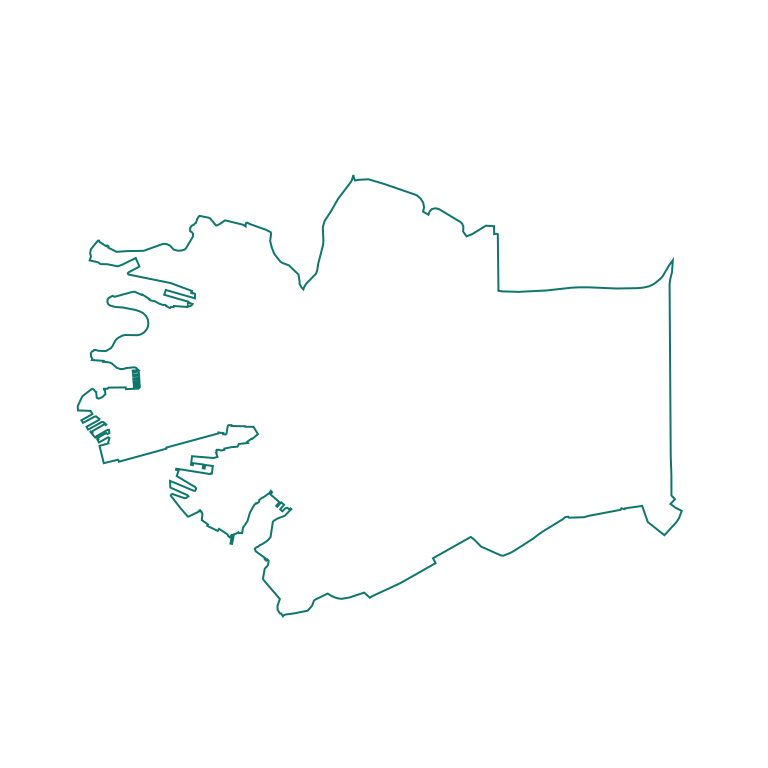 Sydney, New South Wales, Australia (Albers equal-area conic projection), rotated 260°
{"feature_id": "25037944B98854570895907", "entity_name": "Sydney", "entity_type": "district", "adm_level": 2, "iso_a3": "AUS", "parent_name": "Australia", "parent_adm1": "New South Wales", "projection": "albers", "projection_center": [151.208, -33.889], "detail": "fine", "context": "isolated", "style": "outline", "palette": "teal", "viewbox_px": 768, "rotation_deg": 260, "n_neighbors": 0, "source": "geoboundaries", "source_scale": "gbopen_adm2", "svg_char_len": 6132}
<svg xmlns="http://www.w3.org/2000/svg" viewBox="0 0 768 768"><g transform="rotate(260 384 384)"><path d="M455.7,689.9L451.5,685.5L441.5,676.9L439.7,674.6L436.1,668.2L435.0,665.1L434.2,662.0L433.9,656.2L434.3,650.8L437.7,629.4L443.5,603.1L445.3,593.2L446.3,585.2L447.9,560.2L451.4,532.3L454.7,516.5L455.9,512.9L511.8,522.1L512.4,520.7L512.5,518.5L520.3,519.8L522.2,511.8L516.3,496.9L515.1,490.9L520.4,488.4L525.3,489.5L528.3,488.8L529.8,487.9L546.7,468.5L548.1,465.3L548.0,461.7L546.3,459.1L543.0,457.2L547.0,452.4L550.9,454.1L555.7,454.1L560.6,452.1L564.3,448.9L580.9,419.0L588.3,404.2L589.5,394.5L589.4,390.9L592.4,390.1L595.2,390.2L590.4,387.8L588.8,386.6L574.5,371.1L563.2,361.7L554.8,353.8L549.2,351.0L535.5,349.2L531.5,348.1L513.6,340.0L507.4,337.9L504.3,336.0L496.3,324.8L493.4,322.3L491.2,321.0L493.4,319.5L497.3,318.2L500.0,318.7L506.7,318.8L517.4,310.9L520.7,305.2L522.5,303.2L531.2,298.5L537.9,297.2L544.7,296.7L551.4,298.9L553.1,298.8L556.2,294.8L565.1,279.2L566.7,277.3L566.3,275.8L563.3,275.1L565.3,272.9L572.8,255.9L570.1,250.1L569.1,246.7L569.6,245.9L577.3,241.5L578.4,239.8L581.6,231.5L581.0,230.6L578.7,228.6L575.3,226.7L574.8,225.3L573.9,224.6L573.3,222.2L571.2,220.1L568.1,219.7L566.6,221.4L565.0,222.0L562.2,221.3L552.2,212.7L551.0,211.1L550.6,207.6L551.0,204.3L552.9,200.2L557.6,197.2L559.4,194.5L560.2,192.0L560.3,190.3L556.9,170.4L559.5,154.0L560.6,143.6L566.2,136.1L567.3,136.6L568.4,135.8L568.4,135.0L567.9,134.4L573.3,128.5L574.7,128.3L574.8,127.1L567.6,118.7L563.9,117.3L560.5,117.6L556.8,115.6L553.7,123.2L551.3,125.7L550.0,132.3L546.1,142.3L547.1,147.5L551.2,161.4L542.1,163.5L538.3,151.7L537.5,150.9L536.2,151.4L520.4,191.5L509.0,211.0L507.2,209.9L506.6,211.0L507.0,211.3L505.6,213.5L501.2,212.7L514.5,185.4L510.0,183.1L499.0,205.6L497.7,204.9L497.2,205.8L497.8,206.2L496.0,209.4L494.8,208.0L494.3,206.3L494.4,204.9L495.3,204.4L494.0,203.7L497.3,190.6L496.4,190.2L496.9,187.6L496.1,186.9L496.1,186.1L498.6,183.0L498.9,183.2L500.1,181.9L500.0,180.5L502.0,176.8L505.3,172.7L506.9,168.5L508.2,167.3L508.6,167.6L514.2,161.4L513.8,160.9L518.1,154.6L518.4,152.4L516.7,134.7L517.0,133.2L518.0,132.0L516.4,127.5L515.1,126.4L512.3,125.8L510.2,126.5L508.6,128.2L506.5,132.8L504.8,139.8L500.1,152.1L497.8,156.3L495.6,159.1L492.2,161.5L488.5,162.6L484.4,162.4L481.7,161.6L479.5,160.2L477.0,157.5L475.9,155.5L475.0,152.6L474.9,149.6L477.2,137.6L477.1,134.9L476.0,131.2L474.9,128.9L473.3,126.8L468.7,123.4L466.8,121.4L464.9,116.5L464.8,115.2L466.4,108.2L467.5,106.3L467.9,104.5L467.5,104.4L466.6,101.8L465.1,100.6L462.1,100.2L459.5,101.2L458.3,100.5L455.5,111.9L454.6,111.3L453.6,115.4L452.4,118.3L451.2,119.8L446.4,123.6L444.6,126.8L444.1,129.4L444.2,132.1L444.5,132.5L443.8,140.9L443.2,142.4L440.3,144.6L440.8,138.8L439.1,138.7L438.8,144.6L436.2,144.4L436.9,138.5L435.3,138.4L434.7,144.2L432.5,144.0L433.1,138.1L431.6,137.9L430.9,143.8L428.9,143.6L429.5,137.7L428.0,137.6L427.2,143.3L425.2,143.2L426.0,137.4L424.6,137.2L423.8,143.0L423.0,142.8L422.1,141.2L423.8,128.9L425.5,129.0L428.3,111.9L427.4,110.9L427.9,107.4L427.2,107.3L427.1,108.1L422.4,107.9L420.0,104.3L419.1,100.4L420.3,98.7L426.0,99.2L426.0,98.8L429.1,97.1L429.7,96.2L429.7,95.1L424.2,84.7L415.3,78.5L411.1,78.1L408.5,90.4L405.0,91.6L400.8,79.7L398.0,80.9L402.1,93.2L402.2,94.7L398.9,97.7L398.1,96.9L393.5,83.6L390.5,84.7L395.6,99.6L395.2,101.1L392.4,103.4L391.9,102.8L393.1,102.1L388.0,88.1L386.7,88.5L386.5,88.0L388.0,86.9L387.8,86.6L381.4,90.2L382.3,92.1L382.6,92.0L386.9,104.0L386.7,105.1L383.4,105.1L382.7,103.0L384.0,102.0L380.5,92.2L379.3,93.1L378.9,92.1L375.9,93.1L379.4,103.0L378.4,104.3L374.0,102.1L373.4,102.3L372.5,93.1L354.7,94.3L355.6,108.7L354.7,109.4L353.5,109.4L358.1,158.5L359.2,158.6L364.1,212.3L365.0,212.5L363.5,217.3L362.4,216.9L361.8,219.1L362.4,220.2L369.6,222.8L370.5,223.7L370.0,226.6L369.1,226.5L366.5,239.9L366.0,239.9L364.5,248.0L356.5,251.2L352.6,244.3L353.1,243.9L350.8,239.2L349.6,239.8L350.1,230.6L347.7,228.8L348.3,223.0L348.1,215.5L346.8,215.3L346.8,211.8L347.8,210.5L348.2,208.0L347.7,207.9L347.6,207.3L345.4,207.2L345.4,206.7L341.1,207.3L340.7,203.4L346.2,182.4L337.9,179.9L337.3,181.7L339.2,182.3L336.1,192.1L332.5,190.9L331.9,192.7L335.3,193.8L333.0,201.2L325.6,198.9L326.0,197.6L325.5,197.1L336.7,164.7L335.6,164.3L334.6,166.8L329.3,163.9L315.3,180.1L313.5,180.9L311.6,179.3L311.9,178.1L325.7,156.5L319.1,155.6L308.6,171.2L307.4,171.9L306.0,169.1L306.2,167.7L312.4,156.5L312.0,155.2L311.0,154.6L296.6,162.3L287.5,167.8L287.3,168.2L290.6,179.9L290.9,180.5L291.5,180.3L291.7,180.9L289.7,181.8L289.8,182.1L287.4,182.6L281.6,180.9L276.2,186.3L275.0,185.3L268.2,194.7L270.0,196.4L263.0,203.9L261.6,204.0L259.8,205.5L261.9,207.8L261.8,208.2L253.5,205.1L252.9,206.6L262.0,210.1L262.5,213.1L263.3,214.8L262.3,215.3L261.9,218.5L266.9,220.1L272.6,225.7L280.7,229.7L287.4,235.2L288.9,237.4L288.4,237.8L289.6,240.5L291.5,241.1L293.3,244.5L293.2,245.3L296.7,252.4L298.4,254.0L296.8,255.0L295.0,253.0L285.8,260.5L282.7,256.7L281.7,257.6L285.3,262.2L282.4,264.6L278.6,260.0L276.3,261.8L278.7,265.1L278.8,267.5L276.9,269.0L277.7,270.4L276.9,271.0L271.5,263.5L270.0,255.7L268.3,251.5L267.5,250.6L253.0,245.7L250.5,242.8L249.0,240.0L247.3,235.9L246.9,233.8L245.5,231.4L245.3,229.9L244.2,228.2L241.5,228.6L232.9,237.0L232.4,236.1L230.5,237.2L231.4,238.7L229.8,239.7L226.1,238.4L224.5,237.0L222.9,234.5L213.3,231.0L211.3,231.7L190.4,244.1L184.0,240.6L179.9,240.0L176.1,241.7L175.9,242.9L172.8,244.1L173.7,245.3L174.1,247.0L173.7,255.1L174.0,269.4L178.0,274.6L182.6,277.2L183.5,278.5L187.4,292.1L184.4,295.4L182.5,298.2L180.9,301.4L179.8,304.8L179.7,312.4L182.0,328.3L176.0,332.9L177.2,335.9L185.0,365.3L198.6,403.7L203.9,402.0L218.3,442.9L215.1,445.8L207.0,451.4L194.9,469.3L194.2,471.9L195.8,479.4L197.4,483.9L206.1,504.7L208.7,509.4L211.4,515.4L219.8,536.6L221.2,538.9L221.4,540.2L221.3,542.4L220.2,543.0L218.1,557.8L218.6,562.3L219.0,595.1L220.4,596.2L218.9,599.3L219.7,599.8L219.1,617.1L202.3,619.8L186.4,633.9L197.6,648.5L200.7,651.3L207.4,655.2L211.2,650.0L216.1,645.3L220.0,650.5L224.2,647.7L244.4,651.2L263.5,653.9L432.3,682.5L437.1,683.9L444.3,687.1L455.7,689.9Z" fill="none" stroke="#0f766e" stroke-width="2"/></g></svg>